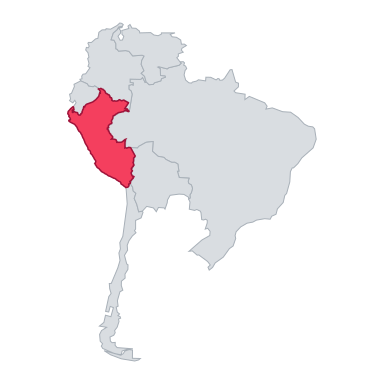 Peru highlighted among its neighbors
{"feature_id": "PER", "entity_name": "Peru", "entity_type": "country or territory", "adm_level": 0, "iso_a3": "PER", "parent_name": "South America", "parent_adm1": "", "projection": "albers", "projection_center": [-73.974, -9.194], "detail": "fine", "context": "with_neighbors", "style": "filled", "palette": "rose", "viewbox_px": 384, "rotation_deg": 0, "n_neighbors": 6, "source": "natural_earth", "source_scale": "50m", "svg_char_len": 11804}
<svg xmlns="http://www.w3.org/2000/svg" viewBox="0 0 384 384"><path d="M132.5,350.1L132.4,358.3L140.3,358.5L138.7,359.9L134.7,361.0L121.3,358.8L110.6,354.8L104.1,350.7L120.8,355.3L123.3,353.6L124.8,351.1L129.2,349.6L132.5,350.1ZM130.1,183.4L132.6,187.1L133.2,191.0L135.9,193.3L134.2,198.4L136.8,204.4L138.7,211.8L142.4,211.1L143.0,212.4L141.1,217.9L135.6,220.4L135.6,229.0L134.5,230.7L136.0,232.7L132.4,235.9L129.0,240.7L127.2,245.3L127.6,250.2L124.5,255.3L126.7,263.9L128.0,264.8L127.9,269.4L125.0,274.1L125.1,278.1L121.4,281.2L121.3,285.6L122.8,290.2L119.9,291.8L117.4,300.7L118.1,306.2L116.2,307.1L117.3,312.2L119.5,313.9L117.9,315.7L120.1,316.6L120.6,318.2L118.5,319.0L119.0,321.5L117.2,327.1L114.6,330.6L115.2,332.7L113.7,335.3L110.0,337.0L110.4,341.2L112.1,342.7L115.2,342.4L115.1,345.3L117.1,347.6L132.9,348.8L128.7,348.7L122.1,351.0L121.3,354.4L119.3,354.5L114.0,353.3L102.8,348.5L101.3,346.1L102.6,343.8L100.2,341.2L99.6,334.4L101.6,330.5L106.6,327.3L99.4,326.1L103.9,322.4L105.5,315.2L110.9,316.7L113.4,307.6L110.2,306.4L108.7,312.0L105.6,311.4L108.8,296.6L111.1,293.4L109.7,288.8L109.3,283.5L111.3,283.4L117.8,267.9L120.0,260.5L118.9,253.0L120.4,248.9L119.8,242.6L122.8,236.4L127.2,203.8L126.0,187.5L128.6,186.2L130.1,183.4Z" fill="#d9dde1" stroke="#a8b0b8" stroke-width="1"/><path d="M209.2,270.1L208.0,267.2L210.3,265.0L207.6,261.5L198.9,255.0L197.1,255.1L192.3,250.9L189.0,251.3L201.9,240.0L209.8,235.5L210.1,231.4L207.7,228.3L205.2,229.1L207.2,223.1L207.3,220.3L205.6,219.2L203.6,220.0L201.7,219.6L201.0,212.7L200.2,211.1L196.8,209.5L194.6,210.4L189.3,209.2L190.0,202.0L188.6,199.0L190.2,197.9L189.9,194.9L191.4,192.6L192.5,188.4L191.4,185.0L188.7,183.4L188.2,181.2L189.1,178.2L179.2,177.5L177.4,171.2L178.9,171.1L177.9,164.1L174.9,162.3L171.6,162.3L166.0,159.5L164.0,157.4L158.1,156.3L152.5,151.3L153.1,141.5L146.1,142.3L138.7,146.4L137.5,148.0L130.8,147.6L127.8,148.5L125.4,147.8L125.9,139.6L121.5,142.7L116.8,142.6L114.8,139.7L111.3,139.3L112.5,137.0L109.5,133.7L107.3,128.8L108.7,127.8L108.7,125.5L111.9,124.0L111.4,121.0L112.8,119.1L113.2,116.6L119.3,112.9L124.5,111.1L129.3,111.4L132.1,94.3L131.3,91.2L128.9,89.2L128.9,85.3L132.0,84.5L133.1,85.1L133.3,83.0L130.1,82.4L130.1,79.1L140.7,79.4L142.6,77.5L145.1,82.4L146.1,81.8L149.1,84.7L153.3,84.4L154.4,82.8L160.8,80.9L161.5,78.6L165.4,77.2L165.1,76.1L160.5,75.5L160.2,68.6L157.7,67.1L158.8,66.7L167.2,68.9L168.8,67.7L179.0,65.3L181.1,63.3L180.4,61.8L183.3,61.7L184.5,62.9L183.7,65.2L185.6,66.1L186.7,68.6L185.1,70.4L184.1,74.9L185.7,80.1L188.9,82.8L191.6,83.1L192.3,82.1L196.5,81.1L198.4,79.8L205.6,80.9L205.9,77.2L210.7,77.3L216.1,79.9L217.9,78.5L219.1,78.8L219.8,80.3L222.4,80.1L224.6,78.2L230.1,69.8L232.0,69.6L235.6,82.1L238.5,83.2L238.4,86.9L234.0,91.0L235.6,92.7L245.1,94.2L244.9,99.6L249.3,96.4L264.7,102.8L267.1,106.2L265.9,109.1L272.3,107.9L282.6,111.7L290.6,112.2L298.1,117.5L304.4,124.2L308.3,126.2L312.8,126.9L314.6,128.8L316.2,139.2L313.1,147.9L301.8,157.9L297.9,163.6L293.5,167.9L292.2,167.9L290.4,171.7L289.8,181.9L286.6,193.5L284.8,195.4L283.2,202.5L277.4,208.9L276.0,214.3L271.7,216.2L270.2,219.2L264.7,218.7L256.5,220.1L252.8,222.1L247.0,223.2L240.7,226.9L236.1,231.8L235.1,235.6L235.7,238.5L233.1,246.0L229.4,248.6L223.3,257.1L215.2,262.9L212.6,267.4L209.2,270.1Z" fill="#d9dde1" stroke="#a8b0b8" stroke-width="1"/><path d="M130.8,147.6L137.5,148.0L138.7,146.4L146.1,142.3L153.1,141.5L152.5,151.3L158.1,156.3L164.0,157.4L166.0,159.5L171.6,162.3L174.9,162.3L177.9,164.1L178.9,171.1L177.4,171.2L179.2,177.5L189.1,178.2L188.2,181.2L188.7,183.4L191.4,185.0L192.5,188.4L191.4,192.6L189.9,194.9L190.2,197.9L188.6,199.0L188.6,197.3L183.9,194.4L179.1,194.1L170.1,195.3L167.5,200.0L167.2,202.8L165.0,209.1L164.2,207.9L158.4,207.5L156.3,211.7L153.4,207.9L146.7,206.4L142.4,211.1L138.7,211.8L136.8,204.4L134.2,198.4L135.9,193.3L133.2,191.0L132.6,187.1L130.1,183.4L133.4,177.7L131.2,173.1L132.5,171.3L131.5,169.3L133.6,166.6L134.1,158.2L135.3,156.4L130.8,147.6Z" fill="#d9dde1" stroke="#a8b0b8" stroke-width="1"/><path d="M146.1,81.8L145.1,82.4L142.6,77.5L140.7,79.4L130.1,79.1L130.1,82.4L133.3,83.0L133.1,85.1L132.0,84.5L128.9,85.3L128.9,89.2L131.3,91.2L132.1,94.3L129.3,111.4L126.6,108.5L125.0,108.4L128.6,102.9L124.5,100.3L121.2,100.8L119.3,99.8L116.3,101.2L112.3,100.6L109.1,94.9L101.2,88.4L99.8,89.0L94.7,85.9L93.2,86.8L88.6,86.1L87.2,83.8L80.7,80.9L79.9,79.3L82.0,78.8L81.7,76.2L83.0,74.2L85.7,73.8L90.0,67.7L88.0,66.4L89.0,63.4L87.7,58.5L88.9,57.2L88.0,52.7L85.7,50.0L86.4,47.4L88.2,47.8L89.2,46.2L87.9,43.2L88.5,42.4L91.4,42.5L95.6,38.9L97.9,38.3L98.9,32.3L102.1,29.9L105.7,29.8L106.1,28.7L110.5,29.2L117.1,25.5L119.8,23.0L121.8,23.4L123.3,24.7L122.2,26.4L118.6,27.2L117.2,29.8L113.3,33.1L111.1,39.8L114.0,40.2L115.9,43.7L115.9,48.8L117.2,49.3L118.5,51.1L125.7,50.6L128.9,51.3L132.7,55.9L142.1,55.2L144.1,56.1L141.7,60.6L141.2,64.4L144.0,70.8L141.2,73.3L144.6,76.4L146.1,81.8Z" fill="#d9dde1" stroke="#a8b0b8" stroke-width="1"/><path d="M176.8,57.7L181.1,63.3L179.0,65.3L168.8,67.7L167.2,68.9L158.8,66.7L157.7,67.1L160.2,68.6L160.5,75.5L165.1,76.1L165.4,77.2L161.5,78.6L160.8,80.9L154.4,82.8L153.3,84.4L149.1,84.7L146.1,81.8L144.6,76.4L141.2,73.3L144.0,70.8L141.2,64.4L141.7,60.6L144.1,56.1L142.1,55.2L132.7,55.9L128.9,51.3L125.7,50.6L118.5,51.1L117.2,49.3L115.9,48.8L115.9,43.7L114.0,40.2L111.1,39.8L113.3,33.1L117.2,29.8L118.6,27.2L122.2,26.4L122.0,27.6L118.7,28.2L120.5,30.5L120.5,33.2L118.0,36.2L120.1,40.3L122.5,40.0L123.8,36.2L122.0,34.4L121.8,30.5L128.8,28.5L128.0,26.1L130.0,24.5L132.0,28.1L135.9,28.3L139.5,31.2L139.7,32.9L150.7,32.6L153.9,35.0L158.1,35.7L161.3,34.2L161.4,32.9L175.0,32.9L170.2,34.3L172.1,36.8L176.5,37.3L180.7,40.0L181.4,44.2L184.3,44.1L186.4,45.5L181.9,48.3L181.4,50.2L183.2,52.2L178.3,53.9L178.4,56.3L176.8,57.7Z" fill="#d9dde1" stroke="#a8b0b8" stroke-width="1"/><path d="M99.8,89.0L100.5,93.0L98.9,96.5L93.0,102.2L86.5,104.4L83.3,109.2L82.3,112.8L79.3,115.1L77.0,112.4L72.6,112.3L72.4,110.3L73.9,109.0L73.3,106.8L76.1,102.7L74.8,100.3L72.8,102.9L69.5,100.6L70.6,99.0L69.6,94.2L71.5,93.3L74.4,86.5L74.0,84.3L80.7,80.9L87.2,83.8L88.6,86.1L93.2,86.8L94.7,85.9L99.8,89.0Z" fill="#d9dde1" stroke="#a8b0b8" stroke-width="1"/><path d="M128.9,111.1L128.9,111.4L128.7,111.6L128.4,111.6L128.0,111.4L127.7,111.4L127.4,111.4L127.0,111.1L126.9,110.8L126.6,110.6L125.9,110.7L125.3,110.7L124.9,110.6L124.4,110.7L124.1,111.0L123.8,111.4L123.5,111.7L122.6,111.8L122.1,111.8L121.6,112.0L121.0,112.1L120.5,112.3L118.8,112.5L118.1,112.8L117.5,113.2L116.6,113.8L116.1,114.0L115.4,114.6L114.7,115.2L114.2,115.5L113.5,115.6L113.2,115.8L113.1,116.0L112.8,117.8L112.7,118.6L112.2,119.4L111.7,120.2L111.5,120.7L111.3,121.1L111.5,121.4L111.8,122.4L111.9,122.7L111.8,123.1L111.6,123.4L111.3,123.6L110.8,123.6L109.9,124.2L108.9,125.1L108.5,125.4L108.3,126.4L108.3,126.7L108.5,126.9L108.7,127.4L108.7,127.6L108.6,127.8L108.0,127.9L107.8,128.0L107.6,127.9L107.4,128.0L107.5,128.5L107.4,128.7L107.2,129.0L107.3,129.1L107.8,129.5L108.2,130.0L108.5,130.0L108.7,130.5L108.4,130.8L108.4,131.0L108.9,131.5L109.1,131.8L109.3,132.2L109.3,132.4L109.5,132.7L109.6,133.0L109.6,133.3L110.4,133.9L110.6,134.0L110.6,134.5L110.9,134.9L111.5,135.3L112.7,136.8L112.7,137.5L111.4,139.1L112.5,139.0L113.5,139.1L114.6,139.3L115.4,139.5L115.8,139.6L116.1,139.9L116.4,140.6L116.4,141.0L116.9,141.4L116.8,142.3L119.9,142.3L121.3,142.2L121.8,142.1L122.5,141.5L122.9,141.3L123.3,141.0L123.7,140.5L124.1,140.3L124.4,140.0L124.9,139.7L125.0,139.5L125.6,139.3L125.4,139.6L125.3,139.9L125.2,140.3L125.4,140.7L125.3,141.1L125.0,141.4L124.9,147.8L125.2,147.6L125.5,147.5L126.0,147.9L126.3,148.1L126.5,148.1L126.8,148.1L127.2,148.0L128.0,147.7L128.5,147.4L129.2,147.4L130.1,147.6L130.6,147.6L135.2,156.0L134.7,156.6L134.7,157.0L134.5,157.3L134.2,157.4L133.8,157.8L133.6,158.1L133.6,160.8L133.5,161.4L133.3,161.9L133.0,162.4L133.3,162.9L133.5,164.0L133.9,164.7L134.0,165.1L133.5,165.4L133.3,165.6L133.3,166.2L133.1,166.4L132.7,166.7L132.3,167.2L132.1,167.4L131.9,168.2L131.4,168.4L131.4,168.9L131.4,169.3L131.6,169.7L132.3,170.6L132.4,170.8L132.0,171.3L131.7,171.7L131.1,172.8L131.1,173.0L131.2,173.5L132.1,175.7L132.2,175.9L132.5,176.1L133.0,176.1L133.7,176.4L134.0,176.6L134.0,176.8L133.9,176.9L133.2,177.3L133.0,177.5L133.0,177.9L133.1,178.4L132.9,178.6L132.5,178.8L132.1,179.1L131.8,179.6L131.2,180.3L131.0,180.5L130.9,180.8L130.5,180.9L129.9,181.4L129.8,181.6L129.9,181.9L130.2,182.1L130.4,182.4L130.5,182.8L130.5,183.0L130.1,183.4L129.6,183.8L128.9,183.9L128.7,184.1L128.7,184.5L128.9,185.1L128.9,185.6L128.7,186.2L128.3,186.8L127.6,187.2L126.9,187.4L126.4,187.4L125.9,187.4L125.7,187.5L125.4,187.1L123.7,185.9L123.0,185.2L122.5,184.9L121.0,183.9L120.9,183.5L120.7,182.5L120.5,182.2L120.0,181.8L118.8,181.3L118.3,181.0L117.8,180.5L117.0,180.2L116.2,179.5L115.7,179.0L115.2,178.6L113.5,178.1L112.6,177.6L111.1,176.9L110.3,176.4L108.6,175.9L108.1,175.6L106.5,174.3L105.3,173.9L104.3,173.1L101.5,171.6L101.0,171.1L100.6,170.3L99.9,169.9L99.2,168.8L98.2,168.2L97.1,167.4L96.7,166.7L96.1,165.7L95.9,165.2L95.3,164.7L95.2,163.7L94.8,163.3L95.1,163.0L95.4,162.9L95.8,161.4L95.6,160.6L94.5,159.2L94.1,158.5L93.8,157.6L93.4,157.1L92.7,156.0L92.3,155.1L91.5,154.4L91.3,154.1L91.1,153.8L90.6,153.5L90.6,152.8L90.3,151.4L89.8,150.7L88.1,149.3L88.0,148.8L87.9,147.9L87.5,146.9L85.6,143.8L85.1,142.9L84.6,141.4L84.2,140.5L83.7,139.0L82.9,137.8L82.5,136.8L82.0,135.6L81.9,134.9L81.0,133.8L80.6,132.7L79.7,131.8L78.9,131.2L78.6,130.7L77.4,128.5L77.3,127.8L76.5,126.6L75.7,125.7L75.2,125.0L74.6,124.3L70.8,122.4L69.5,121.6L69.0,121.2L68.8,120.6L68.9,120.2L69.3,119.9L69.8,120.1L70.1,120.0L70.4,119.6L70.4,118.9L70.0,118.0L68.8,116.4L68.9,116.0L69.1,115.6L68.6,114.8L68.1,114.2L67.8,113.7L68.1,111.8L68.3,111.3L70.1,109.4L70.6,108.6L71.4,108.1L72.2,107.3L73.1,106.7L73.4,106.9L73.5,107.2L73.6,107.4L73.6,107.7L73.7,107.9L73.7,108.4L73.7,108.6L73.7,108.8L74.0,109.3L73.9,109.5L73.5,109.7L73.3,110.0L73.0,110.0L72.6,109.9L72.3,110.1L72.2,110.4L72.3,110.7L72.3,110.9L72.5,111.1L73.1,111.1L72.3,112.1L72.4,112.3L72.7,112.5L72.9,112.5L73.4,112.2L73.9,111.7L74.2,111.6L74.6,111.7L75.2,112.1L75.8,112.4L76.1,112.5L76.9,112.4L77.6,112.8L77.7,113.5L77.9,114.1L78.6,114.9L79.0,115.1L79.4,115.1L80.0,115.2L80.5,114.6L80.8,114.5L80.8,114.3L80.8,114.0L80.9,113.7L81.1,113.5L82.0,112.9L82.2,112.3L82.2,112.2L82.0,111.9L82.1,111.6L82.5,110.7L82.7,109.8L83.0,109.6L83.2,109.0L83.4,108.6L83.4,108.2L83.5,108.1L83.5,107.6L83.8,106.8L83.8,106.6L84.1,106.6L84.3,106.8L84.4,107.0L84.6,107.0L84.8,106.9L84.8,106.7L84.7,106.6L84.7,106.3L86.0,104.7L86.4,104.3L89.1,103.3L92.7,102.0L95.9,99.6L98.3,96.8L98.7,96.4L99.6,93.1L99.9,93.3L100.3,93.3L100.3,91.9L100.3,91.7L100.4,91.3L100.4,91.1L100.0,90.9L99.5,90.3L99.3,89.9L99.1,89.5L98.3,89.0L98.4,88.8L98.6,88.8L99.2,89.0L99.9,88.9L100.2,88.7L100.6,88.4L100.8,88.4L101.0,88.4L101.8,89.0L102.1,89.1L102.4,89.2L102.7,89.2L102.9,89.2L103.1,89.7L103.5,89.9L103.9,90.1L104.7,90.9L105.0,91.2L105.2,91.8L105.3,92.2L105.4,92.5L105.7,93.1L105.9,93.3L106.2,93.5L106.9,93.7L107.3,94.0L107.6,94.2L108.0,94.6L108.3,94.7L108.7,94.7L109.0,94.8L109.3,95.2L109.5,95.7L109.8,95.9L110.0,96.4L109.8,96.9L110.0,97.2L110.3,97.5L110.7,97.7L111.2,97.7L111.4,97.7L111.6,98.0L112.0,99.3L111.8,99.7L111.7,100.0L111.8,100.4L112.7,100.7L112.9,101.0L113.2,101.1L113.7,101.1L114.2,101.0L114.5,100.8L115.9,101.2L116.4,101.1L116.9,101.1L117.3,101.0L117.7,100.7L118.1,100.7L118.4,100.5L119.1,99.8L119.4,99.7L120.4,100.1L120.8,100.4L121.0,100.5L121.3,100.7L121.8,100.7L122.4,100.6L122.8,100.3L123.6,100.1L123.9,100.1L125.0,100.8L125.3,101.2L125.7,101.2L126.1,101.4L126.6,101.6L126.9,101.8L127.2,102.0L127.5,102.3L127.9,102.4L128.3,102.5L128.5,102.8L128.4,103.0L124.8,108.6L125.0,108.6L125.9,109.1L126.1,109.1L126.5,109.0L126.7,108.8L126.9,108.8L127.5,109.2L127.7,109.8L127.8,110.1L128.2,110.3L128.6,110.7L128.9,111.1Z" fill="#f43f5e" stroke="#9f1239" stroke-width="1.5"/></svg>